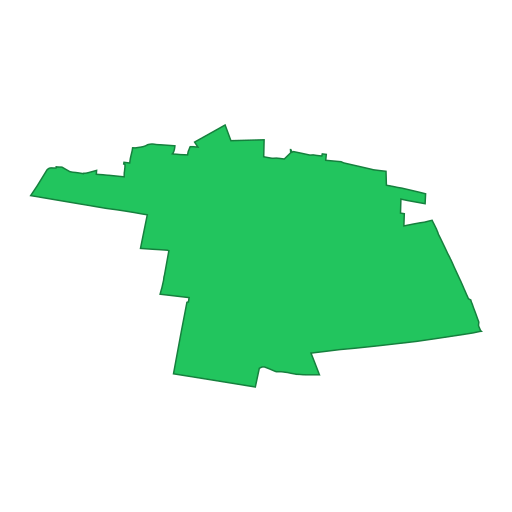 Deveselu, Olt, Romania (Natural Earth projection)
{"feature_id": "2599482B83745956221005", "entity_name": "Deveselu", "entity_type": "district", "adm_level": 2, "iso_a3": "ROU", "parent_name": "Romania", "parent_adm1": "Olt", "projection": "natural_earth1", "projection_center": [24.397, 44.055], "detail": "fine", "context": "isolated", "style": "filled", "palette": "green", "viewbox_px": 512, "rotation_deg": 0, "n_neighbors": 0, "source": "geoboundaries", "source_scale": "gbopen_adm2", "svg_char_len": 3756}
<svg xmlns="http://www.w3.org/2000/svg" viewBox="0 0 512 512"><path d="M319.4,374.8L319.3,374.6L319.1,374.1L318.5,372.4L315.0,363.3L311.0,353.1L326.0,351.3L339.7,349.6L354.2,348.3L375.2,346.1L382.4,345.3L416.5,341.4L434.4,338.8L468.1,333.7L473.1,332.9L480.1,331.4L481.3,331.3L480.9,330.9L480.3,330.0L479.8,328.8L479.3,327.6L478.8,326.5L478.5,325.3L478.5,324.9L478.6,324.3L478.8,322.2L478.7,321.8L477.5,318.6L476.3,315.2L475.1,311.9L473.7,308.3L473.1,306.6L472.3,304.2L471.4,302.1L471.0,300.8L470.9,300.4L470.8,300.0L468.4,298.7L467.6,296.8L467.1,295.7L466.6,294.7L465.0,290.9L464.2,289.2L463.5,287.5L462.5,285.2L461.9,283.8L461.5,283.0L460.8,281.3L460.2,280.1L459.1,277.8L458.6,276.7L457.3,273.9L456.2,271.5L455.0,268.9L454.2,267.2L452.5,263.3L451.0,260.0L450.4,259.0L450.2,258.6L450.0,258.0L449.6,257.2L449.1,256.2L448.4,254.9L447.5,253.2L446.7,251.4L445.1,248.0L444.0,245.7L443.0,243.6L440.1,237.6L438.3,234.1L438.1,233.4L438.0,233.0L437.9,232.6L437.6,231.9L436.9,230.3L436.6,229.4L433.8,223.7L433.2,222.6L432.1,220.3L428.3,221.2L424.4,222.2L420.0,222.8L417.4,223.3L414.6,223.8L412.5,224.2L410.1,224.7L407.5,225.2L405.6,225.6L404.4,225.8L403.9,225.9L403.9,224.7L404.0,222.0L404.1,219.2L404.3,213.7L400.5,213.1L400.9,199.1L407.4,200.5L425.1,203.7L425.6,193.8L419.2,192.2L412.9,190.7L408.6,189.7L404.3,188.7L401.8,188.1L400.5,187.9L399.9,187.8L398.0,187.5L396.5,187.2L395.7,187.0L394.2,186.7L392.8,186.4L391.5,186.2L390.3,185.9L389.6,185.8L389.1,185.7L388.4,185.6L387.8,185.5L386.4,185.2L386.0,171.3L379.9,170.6L373.5,169.8L370.7,169.1L361.6,167.0L358.6,166.3L357.2,166.0L343.7,162.9L341.0,161.7L336.5,161.3L325.7,160.3L326.3,154.4L322.3,153.9L321.8,156.0L319.1,155.7L316.4,155.4L313.2,154.9L310.0,155.1L301.7,153.3L293.5,151.6L292.1,152.2L290.8,149.6L290.5,149.6L290.7,152.8L284.3,159.0L279.5,158.4L276.3,158.1L272.9,158.3L271.5,158.2L265.4,157.1L263.7,156.7L264.1,139.8L230.9,140.7L225.1,125.0L224.4,125.4L199.2,139.5L195.1,141.8L194.6,142.1L197.9,147.1L197.2,147.0L195.1,146.9L193.5,146.7L191.3,146.7L190.2,146.7L189.7,147.7L189.1,149.4L188.3,151.2L188.1,152.0L187.6,154.9L180.4,154.6L176.1,154.2L173.9,154.1L172.4,153.8L172.8,153.4L173.2,152.8L173.8,151.4L174.4,149.4L174.7,147.6L174.8,146.9L174.9,145.8L160.9,144.8L156.8,144.6L154.1,144.2L153.3,144.1L152.1,144.0L150.9,144.1L148.9,144.4L147.6,144.7L145.7,145.8L143.3,146.6L140.8,147.1L138.0,147.5L135.4,147.9L132.6,147.8L132.2,150.6L131.0,155.6L130.4,158.2L129.7,163.0L124.0,162.3L123.7,164.0L124.9,164.3L125.0,165.5L124.9,167.9L124.8,168.2L124.7,169.5L124.4,172.1L124.3,172.4L124.2,174.8L124.2,176.8L119.7,176.4L109.1,175.3L107.0,175.2L105.3,175.0L104.1,174.9L103.5,174.8L102.5,174.7L100.8,174.6L96.3,174.3L96.6,170.4L93.0,171.4L88.2,172.7L85.9,173.2L83.5,173.3L83.4,173.7L80.5,173.2L78.6,172.9L75.8,172.5L72.5,172.2L70.1,171.7L69.6,171.5L68.0,170.6L66.4,169.7L62.1,167.2L61.2,167.1L57.1,167.0L56.9,167.0L56.8,166.8L56.5,166.8L56.7,167.1L56.1,167.9L55.8,167.9L55.6,168.0L54.0,168.0L53.1,168.0L51.6,167.9L50.2,168.0L49.1,168.3L48.0,169.0L47.5,169.4L46.9,170.0L46.2,171.2L37.3,185.7L30.7,195.6L106.3,208.4L117.0,209.8L124.2,210.9L134.1,212.5L141.8,213.9L147.3,214.8L142.4,238.9L140.5,248.4L153.4,249.3L160.4,249.7L167.4,250.2L168.9,250.8L168.8,251.1L164.5,275.0L164.0,276.8L163.6,280.2L161.7,288.6L161.5,289.0L160.1,294.2L189.1,297.6L188.4,302.0L187.3,302.1L187.1,302.2L186.9,302.4L186.9,302.5L182.1,327.4L181.5,330.5L176.4,358.0L173.5,373.8L185.4,375.7L255.3,387.0L259.3,368.3L260.7,367.6L261.9,367.0L264.3,366.9L266.7,367.8L269.5,368.9L272.5,370.2L275.1,371.3L276.2,371.7L279.0,371.7L280.9,371.7L282.9,371.9L284.9,372.2L287.5,372.5L291.1,373.3L295.0,374.0L296.4,374.3L299.5,374.4L302.9,374.7L306.5,374.8L312.1,374.8L314.9,374.8L319.4,374.8Z" fill="#22c55e" stroke="#15803d" stroke-width="1.5"/></svg>